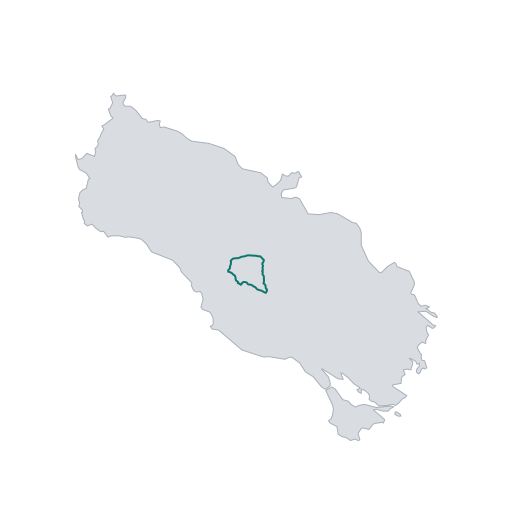 where Yozgat sits in Turkey, rotated 217°
{"feature_id": "TUR-3026", "entity_name": "Yozgat", "entity_type": "Province", "adm_level": 1, "iso_a3": "TUR", "parent_name": "Turkey", "parent_adm1": "", "projection": "orthographic", "projection_center": [35.159, 39.624], "detail": "fine", "context": "in_parent", "style": "outline", "palette": "teal", "viewbox_px": 512, "rotation_deg": 217, "n_neighbors": 0, "source": "natural_earth", "source_scale": "10m", "svg_char_len": 4850}
<svg xmlns="http://www.w3.org/2000/svg" viewBox="0 0 512 512"><g transform="rotate(217 256 256)"><path d="M385.7,182.0L392.5,184.0L394.6,182.0L400.6,181.8L406.2,182.7L408.8,178.5L412.7,178.6L413.6,180.6L415.4,181.1L421.5,185.7L420.9,186.4L422.5,188.2L427.4,189.0L428.2,191.5L432.3,195.0L434.8,200.8L434.0,205.0L432.2,207.8L436.1,216.5L435.2,217.8L441.5,220.1L448.9,218.9L451.4,219.9L459.4,226.2L461.5,228.7L456.2,225.9L453.6,229.1L452.9,236.2L445.0,238.3L446.7,242.7L449.1,244.6L448.8,248.9L449.5,250.6L452.0,253.1L452.1,257.0L453.4,261.0L453.9,265.8L457.4,267.0L456.1,269.4L453.3,279.6L453.6,280.4L456.1,280.4L462.3,284.4L461.4,285.9L462.7,292.2L468.0,295.8L467.4,298.0L467.8,300.1L464.1,299.5L457.4,305.9L456.6,305.8L455.4,304.0L454.6,298.4L452.8,297.1L450.5,296.9L446.7,299.9L443.1,300.1L439.5,300.0L429.6,297.4L426.2,298.9L422.5,297.9L415.8,305.4L413.7,306.1L412.4,302.8L409.8,301.0L406.7,303.9L394.7,308.1L389.0,309.1L382.0,308.4L376.3,309.1L361.1,317.7L346.2,322.6L332.7,322.9L325.2,318.3L319.4,317.4L302.3,325.3L293.9,325.2L291.0,322.3L284.5,321.1L283.1,324.0L281.8,331.0L284.2,337.3L280.5,337.8L278.2,339.2L277.6,344.0L274.3,345.9L273.2,348.9L272.6,349.0L267.2,346.6L268.6,344.3L265.2,335.4L266.8,332.6L273.8,325.4L273.5,321.1L270.5,318.2L261.7,323.6L260.9,325.7L258.9,327.3L255.6,327.9L239.8,321.0L230.5,327.0L222.5,335.7L216.4,338.8L198.8,340.9L195.6,342.5L189.6,340.5L186.1,338.1L178.3,327.8L163.2,319.6L147.2,317.0L145.7,318.9L144.7,326.6L141.8,333.8L140.4,334.4L137.0,332.4L124.3,336.0L113.9,330.5L112.2,328.3L110.3,319.8L108.8,319.0L107.0,320.1L105.3,319.9L97.9,315.7L93.9,315.2L91.1,318.6L87.0,319.7L87.0,318.7L88.7,316.5L82.4,316.4L78.9,317.9L74.4,316.4L74.7,315.5L78.5,314.7L87.1,314.1L92.9,308.9L72.7,307.5L70.6,308.5L70.6,305.6L71.8,304.3L77.2,303.8L77.1,301.3L74.1,298.4L70.6,296.7L69.6,290.5L67.9,288.8L68.2,288.0L71.6,287.2L72.6,282.8L72.4,280.0L66.1,277.0L64.7,277.1L63.3,274.6L60.7,272.6L58.3,273.8L52.2,269.5L53.6,267.0L55.2,267.2L55.7,265.2L54.8,261.6L55.1,259.9L56.5,259.5L58.1,260.0L59.5,262.2L59.3,266.2L60.9,268.7L62.2,266.5L65.1,268.0L70.5,267.3L71.6,266.4L67.7,266.1L66.4,265.0L63.8,258.3L67.2,256.7L69.8,253.7L65.6,251.2L66.8,246.9L63.5,241.5L69.1,235.6L69.0,234.7L67.4,234.1L51.6,235.3L51.7,232.4L53.1,230.1L53.6,223.9L54.6,220.6L57.6,219.9L61.5,215.4L67.7,210.2L73.6,210.8L76.1,209.4L79.6,209.7L80.5,212.0L83.4,213.9L88.9,214.1L91.6,212.8L89.3,209.7L92.5,209.1L94.9,210.0L93.3,213.0L94.1,213.3L101.2,212.9L108.5,214.2L116.7,214.4L117.8,213.5L112.2,210.0L116.1,207.5L118.2,207.1L135.4,205.7L135.5,205.1L125.2,203.0L120.0,199.0L118.7,196.9L120.1,192.1L121.3,191.0L125.1,191.0L137.7,194.0L146.9,193.2L156.7,196.9L166.3,196.7L168.3,195.4L170.9,190.8L184.6,183.7L189.4,179.8L210.4,172.5L241.5,174.3L247.0,171.3L250.1,172.3L249.2,174.3L249.4,176.2L253.1,180.8L258.7,183.5L266.4,181.2L269.2,182.0L272.0,189.3L276.9,193.6L279.2,193.9L282.1,191.3L284.9,190.9L289.5,193.3L291.2,195.9L306.3,198.5L309.4,200.6L319.7,202.5L341.9,196.4L350.3,199.5L357.2,200.3L360.1,199.6L368.9,194.9L371.6,192.3L377.1,190.0L383.8,184.9L385.7,182.0ZM98.9,167.9L98.1,171.1L99.1,174.8L101.8,180.0L104.8,182.8L119.4,190.6L116.8,196.8L113.0,197.5L100.2,193.5L94.7,195.6L91.0,194.6L85.6,195.3L83.7,199.0L79.7,203.0L68.7,207.4L58.2,217.2L55.3,218.3L56.9,214.8L57.1,211.6L61.6,208.3L67.8,206.0L69.5,203.8L54.8,202.8L53.7,199.4L55.2,198.9L60.6,193.6L61.3,191.3L61.4,185.5L67.5,182.8L68.1,181.5L67.7,175.7L62.6,171.9L62.9,170.3L66.9,169.2L69.5,165.5L75.2,165.2L78.1,163.6L83.0,163.0L88.7,168.5L96.1,167.2L98.9,167.9ZM50.5,216.0L45.4,216.4L44.0,215.4L45.7,213.8L49.7,213.0L50.7,214.9L50.5,216.0Z" fill="#d9dde1" stroke="#a8b0b8" stroke-width="1"/><path d="M257.8,224.7L259.3,226.4L261.1,227.6L263.1,227.5L264.8,227.8L265.8,227.7L266.9,227.5L267.8,227.1L268.7,226.8L269.6,227.7L269.5,229.3L269.4,230.4L269.9,231.2L270.3,231.6L270.5,232.2L271.2,234.3L272.3,236.2L273.0,236.6L273.3,237.2L273.3,237.9L272.7,240.2L271.1,241.8L269.2,243.3L268.5,244.3L267.8,245.3L267.3,246.4L266.6,247.3L265.6,248.1L264.8,249.1L262.9,251.7L255.8,256.4L254.8,256.7L252.3,258.3L247.3,257.5L247.0,256.8L246.7,256.1L246.5,255.5L246.4,254.9L246.6,254.2L246.1,253.3L244.3,252.2L244.0,251.1L243.6,250.2L242.9,249.8L242.3,249.2L242.1,248.6L242.1,248.0L241.9,247.6L241.2,247.3L240.9,247.3L240.3,245.9L239.4,245.1L238.3,244.9L237.3,244.2L234.3,240.5L234.0,239.9L233.8,239.2L233.4,238.6L231.7,238.6L230.7,238.2L229.6,237.0L228.4,235.9L227.3,235.9L226.8,235.4L226.4,235.0L226.2,234.4L226.2,233.8L226.1,233.2L226.0,232.6L227.2,232.1L230.6,231.7L232.7,230.8L234.9,230.1L238.2,230.7L239.5,230.2L240.4,230.3L242.2,230.2L245.4,228.6L247.3,229.2L248.3,229.0L250.0,228.0L250.6,227.2L250.6,226.7L250.9,226.0L251.0,225.6L250.7,225.2L250.9,223.9L253.0,223.8L253.9,223.5L254.1,223.5L254.2,224.1L254.6,224.4L255.6,224.5L256.8,224.4L257.8,224.7Z" fill="none" stroke="#0f766e" stroke-width="2"/></g></svg>